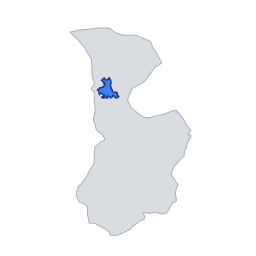 location of Dobele within Latvia, rotated 81°
{"feature_id": "LVA-1082", "entity_name": "Dobele", "entity_type": "Municipality", "adm_level": 1, "iso_a3": "LVA", "parent_name": "Latvia", "parent_adm1": "", "projection": "orthographic", "projection_center": [23.182, 56.625], "detail": "fine", "context": "in_parent", "style": "filled", "palette": "blue", "viewbox_px": 256, "rotation_deg": 81, "n_neighbors": 0, "source": "natural_earth", "source_scale": "10m", "svg_char_len": 2946}
<svg xmlns="http://www.w3.org/2000/svg" viewBox="0 0 256 256"><g transform="rotate(81 128 128)"><path d="M187.2,189.8L185.7,189.6L181.5,188.1L177.8,185.9L175.6,182.7L171.7,178.5L169.3,176.3L165.4,173.6L159.0,168.1L156.7,166.8L145.6,164.7L141.6,163.6L137.7,157.2L136.5,153.4L134.6,152.8L132.7,153.6L130.6,154.5L125.7,159.0L124.1,159.7L121.1,159.8L113.9,160.9L110.6,159.3L104.9,157.6L101.9,157.3L99.1,157.4L87.1,155.7L84.9,157.6L82.6,157.9L80.5,155.0L77.8,154.1L74.8,155.1L69.4,155.2L63.0,154.2L54.9,153.4L53.7,153.6L44.6,157.4L42.3,157.9L32.3,164.3L24.3,170.2L23.7,160.3L24.8,140.6L26.3,130.9L31.8,125.3L34.5,121.0L36.2,115.1L36.8,109.6L38.0,105.1L45.9,92.3L51.9,91.0L60.1,87.5L69.1,84.6L70.9,88.5L71.7,91.4L82.6,102.1L85.4,105.7L89.7,117.9L99.9,124.1L108.0,122.0L111.5,119.0L117.8,113.3L120.6,109.2L121.1,105.3L119.7,88.6L117.9,81.3L118.4,76.8L119.5,77.0L122.1,74.8L130.8,70.6L132.6,70.3L134.6,69.5L140.0,66.2L141.8,67.8L143.4,69.6L144.2,69.6L144.6,68.9L144.4,67.7L144.8,66.9L146.4,67.3L152.9,72.1L155.5,73.2L157.2,73.5L159.3,75.8L164.8,77.2L165.5,78.4L166.0,79.9L171.4,86.1L173.9,89.2L178.6,91.9L180.7,92.5L188.5,89.1L190.7,87.9L192.6,87.8L194.5,89.3L199.0,91.2L202.9,91.6L203.6,91.4L206.9,91.4L208.1,92.2L209.2,96.2L213.1,99.2L216.8,101.6L217.8,102.8L218.2,105.2L218.2,108.0L217.8,109.4L216.5,111.2L215.5,115.5L215.6,119.5L214.0,126.5L214.5,126.6L218.7,125.1L219.9,125.7L221.0,127.2L221.6,131.5L223.1,133.3L224.8,136.3L225.4,138.6L228.3,141.3L228.7,143.1L230.8,149.4L231.8,153.1L232.3,155.9L231.7,159.6L231.1,162.2L230.3,162.1L227.8,162.9L224.1,166.2L218.7,173.6L217.2,175.2L216.0,180.7L215.7,181.3L212.2,181.2L211.3,181.2L207.8,181.5L200.2,180.5L197.4,181.6L193.8,187.2L192.4,188.1L188.0,189.1L187.2,189.8Z" fill="#d9dde1" stroke="#a8b0b8" stroke-width="1"/><path d="M92.8,133.4L93.2,133.4L94.4,133.1L95.4,132.2L95.9,132.6L96.5,134.9L95.9,135.8L94.6,136.5L94.0,137.0L93.4,137.9L94.1,138.4L94.7,138.6L95.2,139.1L95.3,139.3L95.2,139.5L95.3,140.1L95.4,140.3L95.1,140.5L94.2,141.3L94.0,141.7L93.6,142.3L93.3,142.7L93.1,143.2L95.2,143.5L95.2,144.2L94.3,144.6L94.0,144.7L93.9,145.0L93.9,145.4L94.3,145.8L94.6,146.4L94.7,147.2L94.3,148.4L94.0,148.8L93.4,149.1L92.8,147.7L92.5,146.3L91.7,146.3L90.5,148.0L89.3,149.2L89.7,150.4L90.3,150.8L89.4,151.1L87.6,151.1L86.4,151.3L85.7,152.2L85.1,151.6L84.9,150.3L84.0,149.8L83.9,147.5L84.0,146.3L83.3,146.1L82.6,144.7L82.0,144.0L80.9,144.7L80.3,143.4L79.3,144.1L79.4,145.1L78.4,145.2L77.5,145.9L77.0,146.7L76.6,146.6L76.3,145.5L75.6,145.1L75.4,144.6L75.3,144.4L75.2,144.2L75.0,143.9L75.0,143.6L75.0,143.4L75.1,143.2L75.5,143.1L76.2,143.1L76.5,142.9L76.8,142.6L77.2,141.9L77.4,141.2L76.8,140.4L76.5,139.7L75.8,139.4L75.7,138.5L76.4,138.3L77.9,137.8L78.7,137.7L81.0,137.7L82.3,138.5L83.8,138.8L84.3,138.7L85.0,138.3L86.4,138.7L87.0,138.0L87.6,137.7L89.3,137.7L90.0,137.5L90.8,135.7L90.5,134.8L90.5,134.4L90.7,134.0L92.2,133.0L92.6,133.4L92.8,133.4Z" fill="#3b82f6" stroke="#1e3a8a" stroke-width="1.5"/></g></svg>